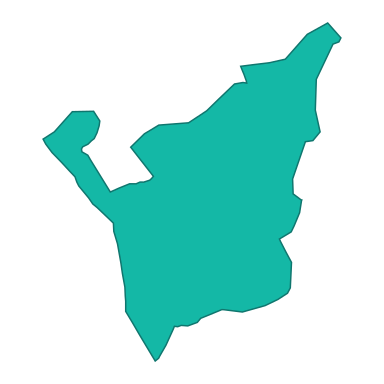 the district of Daura, Katsina, Nigeria
{"feature_id": "59680162B94433697734962", "entity_name": "Daura", "entity_type": "district", "adm_level": 2, "iso_a3": "NGA", "parent_name": "Nigeria", "parent_adm1": "Katsina", "projection": "natural_earth1", "projection_center": [8.275, 12.981], "detail": "fine", "context": "isolated", "style": "filled", "palette": "teal", "viewbox_px": 384, "rotation_deg": 0, "n_neighbors": 0, "source": "geoboundaries", "source_scale": "gbopen_adm2", "svg_char_len": 1408}
<svg xmlns="http://www.w3.org/2000/svg" viewBox="0 0 384 384"><path d="M320.1,131.9L315.3,110.1L316.3,79.3L333.0,44.1L338.9,41.9L340.9,37.9L327.7,23.0L307.3,34.3L285.3,59.2L269.1,62.8L254.0,64.6L240.7,66.3L242.6,71.1L244.0,74.4L244.7,76.4L245.5,78.7L246.2,80.5L246.7,83.1L243.0,82.5L234.5,84.0L218.8,99.0L206.7,110.8L188.6,122.8L158.8,125.1L144.4,133.8L130.7,147.2L153.4,176.3L151.5,178.6L149.7,180.2L143.5,182.2L142.6,182.1L140.0,182.1L136.1,183.8L129.6,183.8L119.0,188.1L110.3,192.0L90.5,159.9L87.8,155.2L81.9,151.8L81.5,148.9L82.7,146.8L88.1,144.1L91.4,140.8L94.2,138.6L97.0,132.8L99.1,125.9L99.8,121.0L93.6,111.3L72.3,111.7L54.3,131.9L43.1,139.1L45.8,144.2L52.1,152.6L61.4,162.2L69.6,171.1L75.0,176.8L76.8,182.0L78.8,186.0L88.7,198.0L92.8,204.0L97.2,207.6L113.4,223.1L113.8,231.4L117.5,243.8L120.9,263.0L122.4,273.4L124.9,287.2L125.3,296.4L125.7,301.3L125.7,311.4L132.6,322.9L139.4,334.6L155.2,361.0L158.6,358.3L159.7,356.1L166.0,345.1L169.0,338.5L173.2,329.3L174.4,326.3L177.7,326.7L181.2,325.4L187.8,325.9L197.3,322.4L200.7,318.3L218.5,311.0L221.8,309.6L223.9,309.7L242.4,312.0L265.1,305.6L278.0,299.4L287.5,293.2L290.3,287.9L291.5,262.4L288.7,257.2L285.8,251.8L280.6,241.7L279.4,239.0L291.2,231.9L294.1,225.9L299.6,212.7L301.5,200.7L301.8,200.0L301.0,199.8L294.9,195.2L293.1,193.9L293.1,193.2L292.6,179.0L305.4,141.7L312.9,140.6L320.1,131.9Z" fill="#14b8a6" stroke="#0f766e" stroke-width="1.5"/></svg>